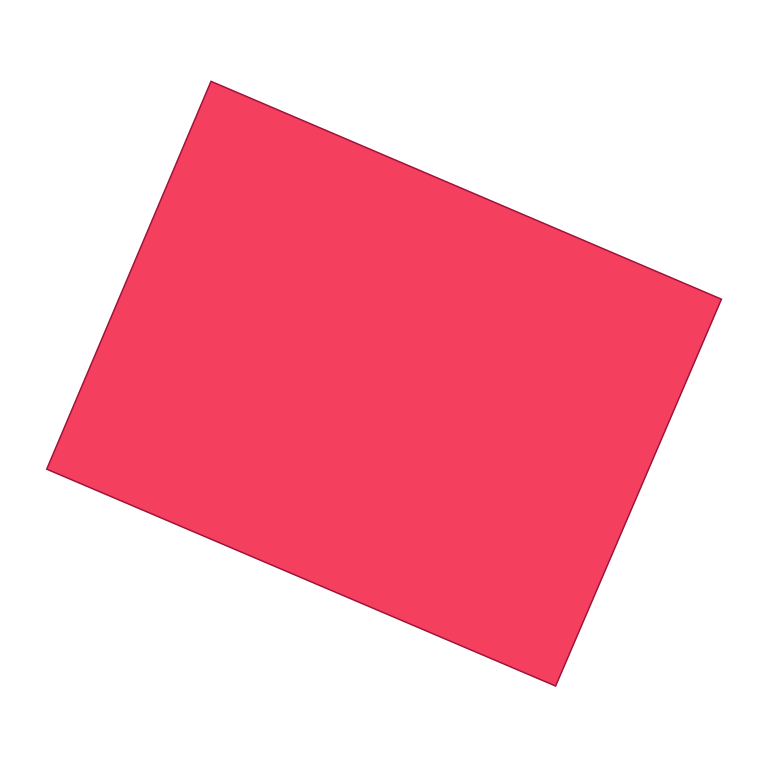 Humboldt, Iowa, United States of America (orthographic projection), rotated 203°
{"feature_id": "52423323B78880616957132", "entity_name": "Humboldt", "entity_type": "district", "adm_level": 2, "iso_a3": "USA", "parent_name": "United States of America", "parent_adm1": "Iowa", "projection": "orthographic", "projection_center": [-94.16, 42.776], "detail": "fine", "context": "isolated", "style": "filled", "palette": "rose", "viewbox_px": 768, "rotation_deg": 203, "n_neighbors": 0, "source": "geoboundaries", "source_scale": "gbopen_adm2", "svg_char_len": 231}
<svg xmlns="http://www.w3.org/2000/svg" viewBox="0 0 768 768"><g transform="rotate(203 384 384)"><path d="M661.5,595.0L661.2,173.8L108.0,173.0L106.5,593.9L661.5,595.0Z" fill="#f43f5e" stroke="#9f1239" stroke-width="1.5"/></g></svg>